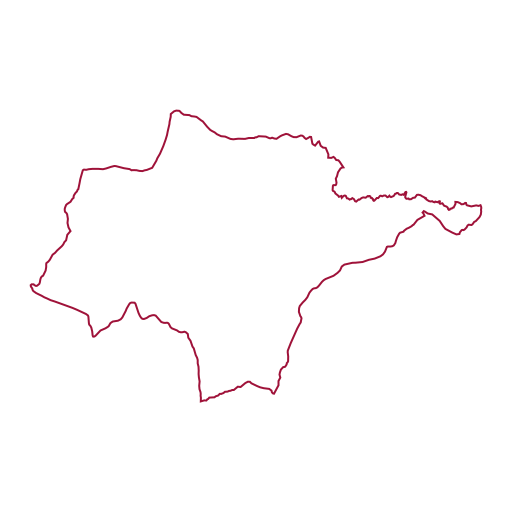 the district of Yakoma, Équateur, Democratic Republic of the Congo
{"feature_id": "63176286B72804638257173", "entity_name": "Yakoma", "entity_type": "district", "adm_level": 2, "iso_a3": "COD", "parent_name": "Democratic Republic of the Congo", "parent_adm1": "Équateur", "projection": "robinson", "projection_center": [22.422, 3.592], "detail": "fine", "context": "isolated", "style": "outline", "palette": "rose", "viewbox_px": 512, "rotation_deg": 0, "n_neighbors": 0, "source": "geoboundaries", "source_scale": "gbopen_adm2", "svg_char_len": 6045}
<svg xmlns="http://www.w3.org/2000/svg" viewBox="0 0 512 512"><path d="M424.5,215.8L423.4,213.4L422.6,212.6L423.8,211.1L424.9,211.6L427.7,213.5L432.2,214.4L439.7,220.9L443.2,226.2L445.4,228.9L452.3,232.6L456.4,234.4L459.4,234.0L459.9,232.3L461.7,230.1L462.5,229.9L463.6,230.1L464.7,229.4L466.6,227.4L467.5,225.6L468.6,224.7L471.5,225.0L472.5,224.3L474.2,221.9L475.8,221.1L479.5,217.1L480.8,214.6L481.2,211.5L481.0,209.8L481.3,208.0L481.1,206.6L480.5,205.2L478.6,205.9L476.2,205.4L471.3,206.4L467.0,205.3L466.4,204.7L466.0,203.0L465.2,202.9L463.6,204.1L461.5,204.3L460.0,203.1L457.7,202.1L455.4,201.9L455.5,203.8L453.6,207.6L452.6,207.7L451.7,208.6L450.3,208.7L449.8,209.6L448.9,209.9L448.1,209.0L447.7,207.6L446.6,206.6L444.1,205.7L442.4,203.3L440.1,203.8L439.4,203.1L439.9,201.4L439.3,201.2L437.4,202.2L435.3,201.6L434.7,202.3L433.4,202.0L432.2,201.2L430.8,201.5L429.0,201.1L426.3,199.4L426.0,198.9L426.1,198.3L425.6,197.9L425.0,198.2L423.9,197.1L422.3,196.4L420.5,195.2L418.3,194.7L416.9,194.9L414.9,197.6L413.1,197.8L411.0,199.2L409.2,199.3L408.5,198.5L406.8,198.8L406.3,198.7L405.3,197.5L405.2,196.9L406.4,192.3L406.1,191.9L405.5,192.0L403.6,194.8L402.4,194.3L401.3,194.9L399.2,194.5L397.8,193.0L396.8,193.0L395.9,193.7L395.1,193.8L394.0,195.6L393.4,196.1L391.0,197.1L389.9,196.5L389.4,195.7L388.2,196.9L387.3,197.2L385.5,195.5L383.9,195.5L382.2,196.3L380.8,195.7L380.0,195.9L378.2,198.1L376.8,198.0L374.3,200.7L373.7,200.8L373.2,200.3L373.0,199.1L372.4,198.8L372.1,198.1L370.7,197.8L370.4,196.5L369.6,196.0L368.9,196.0L368.4,196.4L367.7,196.1L365.7,197.7L363.2,197.4L361.6,198.0L359.5,199.7L358.6,199.5L356.2,201.6L355.1,201.2L354.0,199.2L352.3,198.1L351.2,199.1L350.1,199.2L349.7,199.6L347.9,198.4L346.9,198.3L345.8,195.9L344.9,195.5L343.6,195.9L341.8,197.8L341.3,196.0L338.9,196.8L338.2,195.7L335.3,193.4L335.0,192.4L334.4,191.6L332.9,190.8L332.6,190.1L332.9,185.9L333.4,185.1L335.7,185.1L336.2,184.3L336.5,182.6L335.8,178.7L337.0,176.2L338.0,172.3L340.5,168.5L341.9,167.6L343.4,167.4L339.7,161.8L338.4,160.3L336.2,160.0L334.8,158.0L333.5,156.9L331.3,157.9L328.2,157.7L328.4,154.4L325.7,147.9L323.1,147.6L320.7,145.8L319.1,141.4L318.2,141.7L315.1,145.6L313.4,144.6L312.4,143.7L311.1,137.0L309.9,136.8L308.2,137.9L306.1,139.0L304.6,137.9L303.5,136.5L302.3,135.7L300.8,135.5L296.5,137.2L293.6,137.1L291.4,136.2L288.1,134.3L286.0,133.9L282.1,135.3L280.3,136.2L276.5,138.8L274.3,138.5L272.1,137.7L270.6,138.3L269.4,138.2L265.8,136.6L258.7,136.2L256.5,137.3L255.3,137.3L254.3,138.0L248.8,138.0L245.0,138.9L238.3,138.7L233.3,139.3L230.4,138.9L225.2,136.6L221.1,136.2L216.9,134.2L214.7,132.4L212.0,131.0L210.2,129.9L207.2,126.8L202.8,121.4L201.3,120.5L196.5,116.9L194.3,116.5L191.4,116.2L189.4,115.1L183.8,114.7L181.3,112.9L179.9,111.3L179.1,110.8L176.3,110.6L174.1,111.3L170.8,114.0L170.7,116.8L169.6,121.8L169.4,124.1L167.7,131.5L167.0,135.1L165.6,139.7L163.3,146.1L160.0,153.7L157.3,158.3L156.3,160.8L152.2,167.8L146.9,169.9L144.4,170.4L142.5,171.1L139.4,170.9L136.4,170.2L132.5,170.1L131.6,170.3L129.6,169.1L123.9,168.2L115.8,166.1L114.3,166.0L110.8,166.9L106.0,168.5L103.0,169.2L98.8,168.9L92.1,168.9L88.8,169.2L86.2,169.8L83.9,169.6L82.8,170.3L80.3,179.1L79.5,183.4L78.3,189.2L77.7,189.6L76.9,191.5L75.5,192.9L73.9,195.4L73.6,196.6L73.6,197.8L72.2,199.1L70.5,201.8L67.0,204.1L66.1,205.0L65.1,207.5L64.7,209.0L64.8,210.8L65.1,211.9L66.3,212.9L67.1,214.2L67.9,218.9L67.5,223.0L68.5,227.4L70.5,231.1L67.3,234.8L66.1,240.3L64.4,242.1L63.2,244.5L61.8,246.2L57.1,250.5L55.1,252.8L52.6,254.7L49.8,259.8L48.3,261.6L46.4,263.1L46.2,263.9L46.2,267.1L45.6,270.6L43.1,275.7L42.0,276.3L41.0,277.5L40.4,279.2L39.8,282.6L39.3,283.9L37.1,285.7L36.4,285.9L35.6,285.8L34.1,284.9L33.6,284.3L31.7,284.3L30.7,285.2L30.9,286.5L32.3,288.5L32.4,289.3L32.8,290.3L33.4,291.1L36.2,293.1L41.9,295.9L44.3,297.3L46.9,298.4L50.7,300.2L54.8,301.5L72.5,307.9L77.0,309.8L86.0,314.0L88.0,315.5L88.4,316.7L88.9,323.1L89.2,324.6L90.4,325.9L91.3,327.6L92.2,331.4L92.6,335.2L93.0,336.5L93.8,336.7L94.8,336.3L95.7,335.6L100.5,330.5L105.5,328.3L107.9,326.8L108.8,326.0L110.3,323.3L111.4,322.4L112.9,321.5L118.0,320.7L120.7,319.3L122.3,317.5L125.7,311.0L126.7,308.5L129.2,304.2L130.1,303.1L131.3,302.6L132.5,302.6L134.6,302.7L135.5,303.8L138.5,312.9L139.8,315.7L141.0,317.6L142.3,318.8L143.9,319.0L145.3,318.5L146.8,317.9L149.3,316.2L152.1,315.3L154.0,315.1L155.7,315.6L161.3,322.0L163.7,322.8L165.3,322.9L167.1,322.7L168.3,323.2L169.0,324.1L170.5,327.1L172.0,328.4L177.0,330.4L178.9,331.8L180.9,332.3L182.6,332.2L184.4,331.7L185.8,332.2L187.8,334.0L188.3,337.7L190.5,340.8L192.5,346.6L193.8,348.4L195.7,355.0L197.1,357.8L197.7,360.0L197.7,363.4L198.5,366.7L198.7,370.5L198.6,374.0L198.9,377.4L199.6,381.4L199.2,385.8L199.5,389.2L200.5,392.1L200.7,393.8L200.6,395.8L200.9,397.7L200.8,401.4L204.2,400.4L206.4,400.5L207.3,399.3L208.1,399.0L209.3,397.6L214.5,397.3L215.7,396.3L218.2,395.5L219.7,393.9L221.5,393.9L222.1,393.5L223.4,393.1L224.9,391.8L227.6,391.6L229.1,390.9L230.4,390.8L232.2,390.0L233.8,390.0L237.8,386.7L240.6,387.0L245.4,383.0L247.9,381.7L249.9,381.8L251.4,383.3L257.2,386.1L260.1,387.3L263.7,388.2L269.2,388.9L271.5,390.6L271.9,392.3L272.9,393.4L274.0,393.7L278.5,385.3L278.5,381.0L280.3,377.6L279.5,374.6L279.9,372.5L280.9,369.6L283.2,367.1L284.8,366.9L285.3,366.5L286.6,364.5L286.8,363.1L287.6,362.3L288.1,361.1L288.2,356.4L287.7,352.3L287.8,350.6L290.7,343.2L297.2,328.6L299.6,324.1L300.7,322.5L301.5,318.2L301.1,317.1L300.4,316.2L298.9,311.9L299.1,308.2L299.8,306.0L302.7,302.5L305.3,299.9L307.3,297.3L309.5,292.6L311.1,290.6L312.6,289.0L313.9,288.4L315.9,288.1L317.4,287.3L319.0,285.6L322.0,281.8L323.7,280.2L325.6,279.0L333.5,275.8L337.5,272.9L340.0,270.4L341.8,266.5L344.4,264.6L352.4,262.8L355.6,262.7L362.6,262.0L368.9,259.8L374.7,258.6L380.4,256.3L383.0,254.4L385.0,251.6L386.9,246.9L387.9,246.5L390.7,246.5L392.4,246.2L393.8,245.4L395.3,243.1L396.0,240.6L397.2,237.2L399.2,233.6L400.1,232.7L403.5,231.7L404.0,230.8L406.7,228.7L408.8,227.8L411.6,226.2L412.7,225.1L413.5,224.8L417.4,219.9L424.5,215.8Z" fill="none" stroke="#9f1239" stroke-width="2"/></svg>